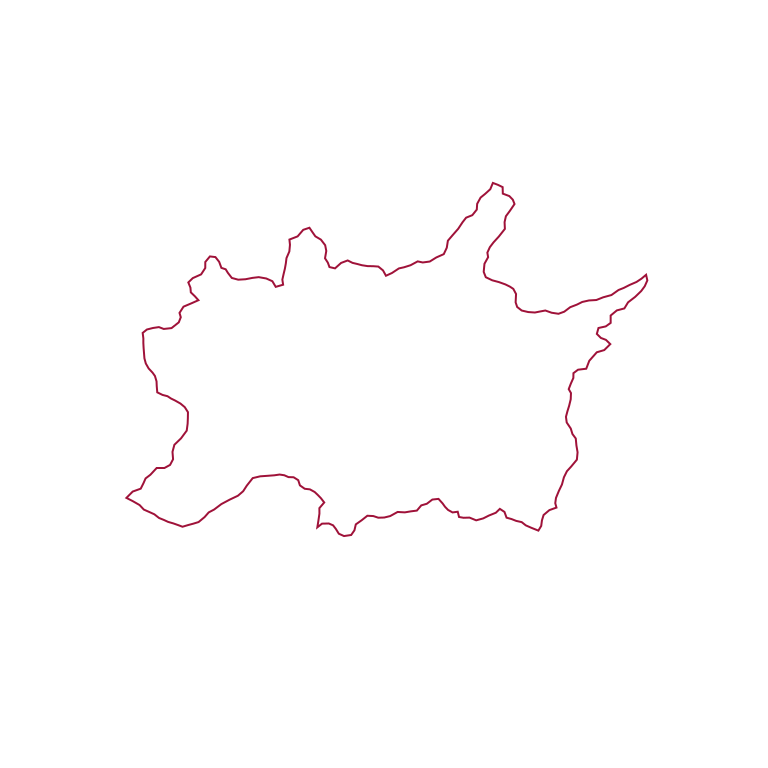 the district of Campanário, Minas Gerais, Brazil, rotated 46°
{"feature_id": "56859067B36215621626417", "entity_name": "Campanário", "entity_type": "district", "adm_level": 2, "iso_a3": "BRA", "parent_name": "Brazil", "parent_adm1": "Minas Gerais", "projection": "equal_earth", "projection_center": [-41.737, -18.28], "detail": "fine", "context": "isolated", "style": "outline", "palette": "rose", "viewbox_px": 768, "rotation_deg": 46, "n_neighbors": 0, "source": "geoboundaries", "source_scale": "gbopen_adm2", "svg_char_len": 3813}
<svg xmlns="http://www.w3.org/2000/svg" viewBox="0 0 768 768"><g transform="rotate(46 384 384)"><path d="M592.7,345.8L588.7,343.6L585.4,339.4L582.4,332.5L579.9,325.8L576.1,319.4L573.8,313.0L573.4,306.7L572.4,297.8L567.6,292.2L561.9,288.3L556.4,283.9L550.9,283.2L545.8,280.6L538.6,279.3L534.0,275.9L531.1,271.1L528.3,266.0L524.7,260.3L520.4,255.8L516.0,254.7L513.5,249.3L511.2,243.6L507.8,240.2L508.5,234.5L513.5,227.9L509.9,220.2L509.0,208.9L512.6,202.0L512.5,193.5L506.4,193.7L501.5,196.0L495.8,196.1L492.7,190.8L496.6,184.5L497.5,178.5L492.2,173.4L492.8,165.4L496.6,158.6L494.8,151.7L495.8,142.8L495.8,134.4L494.8,128.5L492.4,122.6L487.5,119.6L487.1,125.6L486.0,131.5L483.4,138.4L481.4,144.9L479.3,150.0L478.0,158.6L473.9,166.1L471.1,172.9L466.3,178.5L462.7,184.4L460.9,190.1L458.1,196.7L457.2,204.1L454.7,209.7L449.2,213.9L443.2,216.9L440.1,221.6L437.4,225.8L432.4,230.3L426.8,233.9L421.1,234.7L416.7,232.6L411.0,226.5L405.4,224.9L401.4,225.8L396.7,227.5L390.6,230.5L384.6,234.1L377.9,236.6L372.6,234.4L367.3,228.2L365.1,221.0L361.3,218.4L359.1,212.8L358.2,206.8L357.7,199.0L356.4,189.3L351.3,184.8L348.0,179.8L346.9,173.2L345.2,165.1L340.9,163.3L335.9,163.3L329.6,166.3L324.8,161.9L319.9,163.7L315.0,166.0L317.7,172.2L317.5,179.1L317.0,185.0L319.1,191.8L323.0,196.1L323.9,203.2L321.4,209.4L322.2,215.1L323.9,222.8L324.6,231.2L325.3,238.5L329.6,244.2L332.1,250.8L329.3,258.5L327.7,266.0L323.5,271.7L319.2,274.6L317.0,282.4L313.9,288.6L311.2,293.0L309.7,301.1L307.5,307.4L301.6,305.8L295.6,306.5L291.8,309.9L287.8,313.9L283.2,317.4L279.2,319.8L275.0,322.5L269.9,324.3L267.1,330.8L266.8,338.9L262.0,342.0L257.7,340.1L252.6,339.1L248.2,333.1L243.3,329.9L236.3,329.1L230.1,330.8L225.0,330.0L219.8,329.1L217.0,335.0L217.8,343.6L214.4,351.7L218.5,354.9L222.9,360.0L225.7,366.7L229.1,370.9L232.2,375.2L235.2,379.9L238.3,384.6L242.5,387.6L238.9,394.4L232.5,392.9L226.3,395.4L220.1,399.9L216.3,404.9L212.4,410.9L207.7,416.4L202.0,419.8L195.6,419.1L191.5,418.2L187.5,420.3L181.6,417.7L175.6,417.1L171.3,420.6L172.1,427.8L176.4,432.0L178.1,439.4L175.0,448.0L175.0,454.2L180.2,456.3L183.9,459.3L189.5,459.1L194.8,459.3L192.4,465.9L189.1,474.5L190.8,481.7L194.8,483.8L197.1,488.8L196.2,498.0L191.4,504.2L186.7,506.4L183.2,511.3L180.1,516.7L179.6,522.1L184.0,525.4L187.3,528.6L191.1,531.9L195.1,535.2L199.1,538.5L203.8,541.1L209.3,542.5L215.0,542.6L219.1,543.2L224.1,545.8L227.6,548.9L232.5,552.9L238.0,550.9L242.4,548.2L246.5,547.3L250.6,545.8L256.7,544.0L262.2,543.4L268.1,544.6L272.4,548.9L276.2,552.9L280.5,558.3L282.1,567.8L282.1,577.0L285.9,583.3L291.6,588.0L293.6,594.1L291.9,600.3L286.5,605.9L287.0,615.1L286.3,621.1L288.3,626.0L290.3,631.7L286.8,639.5L287.0,648.4L293.7,646.1L301.3,643.9L307.5,644.0L312.9,641.8L318.2,639.7L324.1,638.9L328.8,636.8L333.2,635.1L337.9,632.4L342.7,630.0L346.7,628.1L349.4,622.9L352.0,618.2L354.5,613.3L355.1,605.5L354.6,599.3L356.3,593.4L357.4,584.4L360.0,575.3L362.9,566.7L363.3,559.8L361.8,553.3L360.5,543.8L364.4,537.2L369.1,531.6L373.5,526.3L376.6,522.0L380.4,519.1L384.6,517.4L388.3,513.8L393.6,512.5L398.5,514.9L404.3,513.8L408.3,510.5L413.5,508.9L417.9,508.7L422.4,508.7L427.7,509.3L428.4,516.7L432.4,520.5L436.8,526.2L440.8,531.5L441.4,525.6L446.0,520.6L450.3,518.8L454.8,519.3L460.3,520.5L465.6,518.4L469.8,512.5L468.7,506.9L465.4,501.8L466.5,494.7L467.2,487.5L471.6,483.4L476.2,481.0L480.2,476.6L483.3,471.3L485.5,463.1L490.8,458.2L494.3,453.1L497.9,448.3L497.2,441.5L499.9,436.4L500.7,429.5L504.5,424.6L510.6,424.8L514.7,425.4L519.1,425.4L524.0,423.9L527.1,419.7L531.8,422.4L535.5,419.7L539.5,415.3L546.1,412.4L549.6,406.0L551.5,399.9L554.3,393.0L554.3,387.4L559.7,386.2L565.3,388.7L569.7,386.1L574.3,384.0L579.0,380.9L584.2,380.2L589.8,377.9L596.7,374.8L595.3,369.5L591.8,365.1L589.1,360.2L589.6,352.6L592.7,345.8Z" fill="none" stroke="#9f1239" stroke-width="2"/></g></svg>